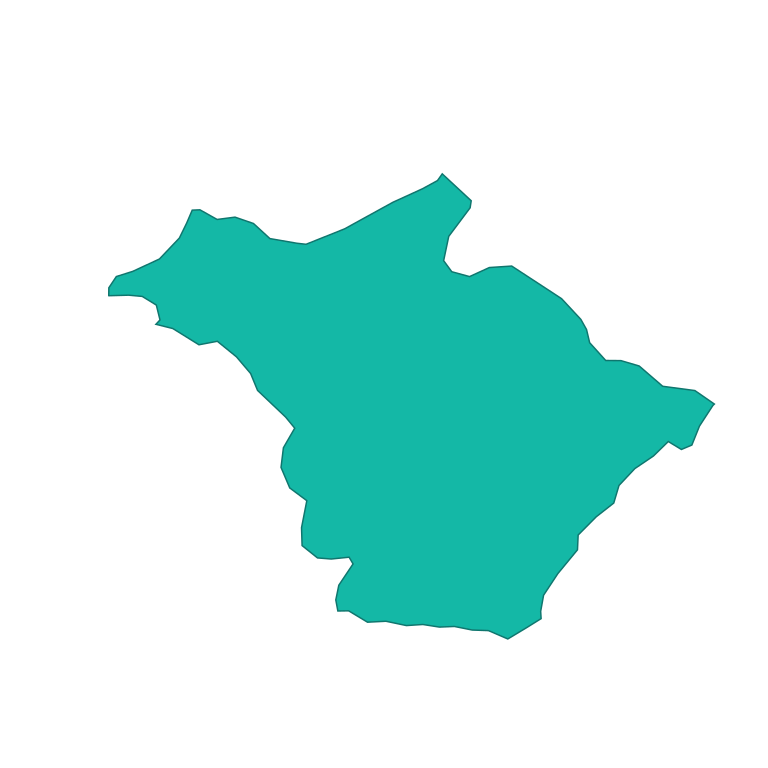 outline of Filipstad, Värmland, Sweden, rotated 311°
{"feature_id": "70781695B88737594548437", "entity_name": "Filipstad", "entity_type": "district", "adm_level": 2, "iso_a3": "SWE", "parent_name": "Sweden", "parent_adm1": "Värmland", "projection": "natural_earth1", "projection_center": [14.17, 59.924], "detail": "fine", "context": "isolated", "style": "filled", "palette": "teal", "viewbox_px": 768, "rotation_deg": 311, "n_neighbors": 0, "source": "geoboundaries", "source_scale": "gbopen_adm2", "svg_char_len": 1311}
<svg xmlns="http://www.w3.org/2000/svg" viewBox="0 0 768 768"><g transform="rotate(311 384 384)"><path d="M279.4,172.7L287.3,188.2L292.2,218.6L306.9,230.2L307.7,254.9L304.4,276.5L296.2,292.8L294.5,331.4L292.1,345.6L269.9,349.9L253.5,361.0L243.7,381.1L245.3,402.3L221.5,416.0L208.3,428.2L209.1,447.9L217.3,459.0L230.4,471.3L227.9,478.7L202.5,481.9L189.4,489.3L182.4,498.1L189.6,506.1L193.4,527.8L206.2,541.1L216.4,559.4L228.0,571.1L236.9,585.3L247.2,596.2L256.2,612.0L266.4,624.6L272.8,644.7L293.4,651.4L310.0,656.5L315.2,651.4L329.3,643.0L355.0,639.6L385.8,638.8L397.4,629.6L423.1,631.3L444.9,635.5L461.6,627.9L484.7,628.8L506.5,634.6L527.1,636.3L529.7,651.4L539.9,656.4L559.2,649.7L583.6,646.3L585.6,646.5L583.0,622.9L565.1,595.8L565.0,564.8L557.1,547.5L547.2,535.9L550.1,512.1L558.0,501.1L561.9,490.2L564.9,462.0L556.8,403.0L541.0,387.1L521.2,378.1L513.2,361.5L516.2,348.1L537.9,336.0L573.5,333.4L579.5,329.6L580.8,290.1L572.6,290.9L556.5,284.9L527.0,271.5L500.1,261.6L475.3,252.5L438.3,233.5L433.0,225.8L418.9,202.5L419.5,180.2L412.2,162.1L398.7,150.1L394.7,130.8L389.4,125.2L388.8,125.4L376.0,129.5L359.9,133.8L331.0,132.5L304.2,120.5L289.5,111.5L276.1,113.2L270.2,118.2L270.1,118.4L283.5,133.0L291.5,144.1L294.2,160.4L285.4,172.9L279.4,172.7Z" fill="#14b8a6" stroke="#0f766e" stroke-width="1.5"/></g></svg>